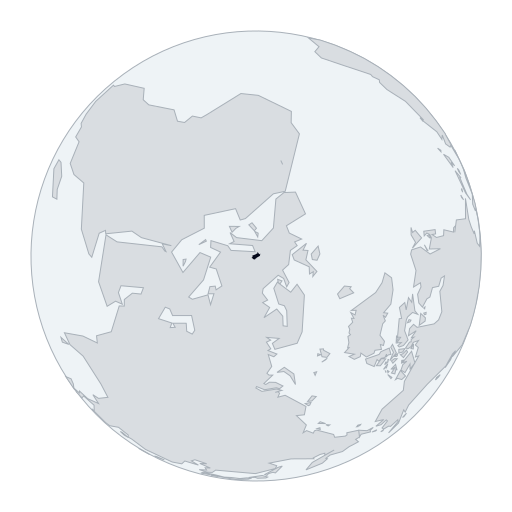 Kärnten highlighted on a globe, orthographic projection, rotated 144°
{"feature_id": "AUT-2325", "entity_name": "Kärnten", "entity_type": "State", "adm_level": 1, "iso_a3": "AUT", "parent_name": "Austria", "parent_adm1": "", "projection": "orthographic", "projection_center": [13.787, 46.758], "detail": "fine", "context": "on_globe", "style": "filled", "palette": "ink", "viewbox_px": 512, "rotation_deg": 144, "n_neighbors": 0, "source": "natural_earth", "source_scale": "10m", "svg_char_len": 11431}
<svg xmlns="http://www.w3.org/2000/svg" viewBox="0 0 512 512"><g transform="rotate(144 256 256)"><circle cx="256" cy="256" r="225" fill="#eef3f6" stroke="#a8b0b8"/><path d="M93.4,100.1L106.3,87.7L99.6,93.8L107.0,87.1L113.7,81.4L123.5,73.8L141.5,62.9L156.4,59.1L150.2,62.1L154.5,61.3L162.6,57.6L166.9,55.5L192.7,51.6L220.1,45.7L227.1,42.0L226.9,44.7L238.9,37.1L252.7,35.0L238.2,38.7L237.5,40.2L247.3,39.1L248.7,40.4L254.3,40.9L255.1,42.8L246.6,45.3L246.9,46.8L253.9,46.0L259.1,47.8L248.8,48.6L256.8,52.0L244.0,58.0L215.8,60.7L209.6,67.4L183.1,79.5L186.4,80.6L178.5,86.6L179.4,90.4L174.2,92.1L179.5,93.7L184.0,91.5L187.8,91.7L188.8,93.8L182.4,96.1L180.9,95.4L179.6,97.2L175.9,97.5L178.3,98.6L170.3,101.4L179.5,101.9L174.4,107.0L168.7,108.1L167.6,103.6L151.8,96.4L145.8,97.0L138.4,101.7L128.0,119.4L122.0,122.2L115.2,129.1L119.2,129.3L126.0,124.1L131.8,126.7L139.4,120.6L142.9,120.9L151.4,116.8L151.9,122.3L147.7,130.1L140.7,134.0L138.7,137.7L146.8,138.3L135.1,150.2L129.8,166.6L126.5,169.5L117.6,166.6L114.0,155.3L102.5,153.5L111.7,159.8L103.4,167.6L102.8,171.3L104.3,174.2L108.1,173.4L105.7,177.4L95.6,172.1L97.7,168.3L100.9,169.9L99.1,164.9L92.3,162.2L88.6,166.8L82.2,159.3L79.5,162.7L76.6,163.3L81.3,158.3L72.7,167.4L64.6,163.0L52.7,179.5L62.4,160.4L64.8,152.9L66.5,145.6L64.5,148.1L69.5,136.3L69.4,132.4L62.5,141.1L55.2,153.9L50.3,165.4L52.0,163.5L50.2,170.6L44.6,179.0L40.4,195.5L36.9,205.0L34.7,214.9L34.3,220.7L33.3,231.1L35.0,230.0L36.7,235.2L34.2,244.4L37.1,241.0L36.7,250.2L41.5,267.2L40.5,268.0L44.2,293.3L52.2,313.6L54.0,323.8L52.7,326.1L56.3,332.6L56.5,335.4L74.5,360.6L86.7,377.8L88.3,386.7L82.0,388.3L85.4,401.6L77.2,393.1L68.0,380.1L59.7,366.4L52.3,352.3L46.0,337.6L40.8,322.6L36.6,307.2L33.5,291.5L31.6,275.7L30.8,259.8L31.0,243.8L31.3,243.0L33.2,228.1L33.8,222.6L33.2,223.3L37.1,202.8L41.0,189.3L47.8,170.0L54.8,154.7L62.9,140.0L72.1,125.9L82.3,112.6L93.4,100.1ZM49.4,183.8L44.8,208.0L44.2,199.4L44.9,199.8L46.7,192.5L49.1,181.9L49.4,175.3L49.4,183.8ZM54.6,182.8L55.1,179.4L55.1,182.1L54.6,182.8ZM168.6,54.5L162.6,57.5L154.8,60.5L159.6,57.7L168.6,54.5ZM183.7,50.2L181.3,51.6L176.7,51.7L179.5,50.8L183.7,50.2ZM231.8,39.4L226.6,40.4L231.1,39.0L231.8,39.4ZM255.0,40.6L256.0,40.0L258.4,40.5L255.0,40.6ZM150.6,114.1L150.9,115.4L149.2,115.5L150.6,114.1ZM153.9,111.2L151.5,110.4L152.8,108.9L154.2,109.4L153.9,111.2ZM261.9,44.1L265.6,45.4L260.4,44.4L261.9,44.1ZM156.5,112.7L155.3,106.4L157.5,103.9L164.7,104.0L156.5,112.7ZM266.7,46.4L275.7,50.0L278.7,48.7L275.3,54.7L268.8,49.4L261.9,48.4L266.3,47.8L266.7,46.4ZM185.1,90.0L180.2,92.3L183.4,88.4L185.1,90.0ZM186.1,87.5L190.3,76.1L197.8,74.0L194.9,78.1L204.0,74.1L205.7,78.5L201.1,81.8L195.8,82.2L200.5,83.6L186.1,87.5ZM271.9,57.7L272.8,59.1L270.3,58.2L271.9,57.7ZM189.6,91.4L189.8,89.2L196.4,87.1L197.2,91.3L194.8,90.6L189.6,91.4ZM205.6,71.0L210.7,70.4L213.4,73.8L215.8,74.0L206.4,78.5L205.6,71.0ZM193.8,92.1L197.5,93.5L195.3,96.5L189.9,93.5L193.8,92.1ZM197.7,84.9L200.9,84.2L199.4,85.9L197.7,84.9ZM189.5,108.5L189.5,105.5L193.0,104.2L189.5,108.5ZM199.1,93.8L199.8,92.7L201.2,92.0L203.1,93.5L199.1,93.8ZM209.0,80.7L209.1,82.4L213.0,79.0L215.2,81.7L208.5,84.3L212.3,84.3L213.0,85.1L206.8,86.3L209.0,80.7ZM209.1,92.7L201.4,97.3L200.6,103.0L197.5,104.3L199.4,95.1L209.1,92.7ZM208.3,88.8L208.1,91.5L204.4,91.6L202.2,89.9L208.3,88.8ZM219.1,82.7L217.4,77.9L218.9,77.5L219.1,82.7ZM209.6,94.3L211.5,93.2L210.0,94.7L209.6,94.3ZM217.0,86.1L216.2,84.4L217.9,84.0L217.0,86.1ZM215.8,92.5L213.3,93.9L211.8,92.7L215.8,92.5ZM216.9,89.5L219.5,89.4L212.7,91.4L216.3,88.8L216.9,89.5ZM218.8,86.1L219.5,85.3L218.9,86.8L218.8,86.1ZM223.1,96.5L214.9,99.3L211.5,96.5L219.9,94.1L223.1,96.5ZM159.7,384.6L142.4,352.2L149.2,343.2L149.1,329.3L194.3,291.2L205.4,296.1L242.6,292.5L247.6,294.4L244.7,306.3L274.0,319.3L281.5,308.9L306.5,312.8L322.0,308.8L324.8,285.6L299.3,291.7L293.3,281.7L312.5,267.5L334.6,262.4L332.9,258.4L317.7,252.8L321.4,243.3L312.2,250.2L317.0,253.6L311.3,258.3L306.7,255.6L308.2,252.1L301.2,251.8L295.8,268.9L300.0,274.2L282.4,280.0L287.7,289.6L283.4,294.9L272.8,280.9L272.9,275.2L254.2,260.0L252.6,266.5L270.1,281.4L265.2,280.6L263.2,290.2L260.9,282.3L242.3,265.0L225.5,268.4L206.4,290.4L196.1,290.9L186.5,284.5L191.2,261.0L213.6,262.6L215.6,255.0L209.1,242.9L216.5,244.7L216.6,240.2L224.9,240.3L234.6,229.9L242.8,229.0L244.8,215.1L249.3,213.0L246.8,221.6L249.4,227.4L269.4,225.4L272.7,222.2L272.5,213.5L278.0,214.4L275.2,206.3L285.8,201.4L270.4,200.9L269.7,191.6L275.1,183.6L272.1,180.7L263.3,193.7L262.3,199.1L265.8,203.8L260.6,219.4L254.1,222.3L249.2,206.3L239.4,209.0L239.8,196.0L263.3,167.5L274.0,161.2L295.6,169.4L294.1,175.7L285.7,175.7L295.2,183.9L293.6,179.3L298.2,180.2L298.6,172.2L301.9,172.5L296.7,164.4L300.8,164.0L304.0,169.1L308.2,157.4L316.1,154.7L315.5,152.0L312.5,149.8L324.6,148.2L323.6,146.3L319.3,146.0L314.4,142.2L310.6,135.0L315.0,134.8L316.9,137.4L327.7,142.8L332.3,150.1L333.7,149.3L330.8,143.0L317.6,136.3L314.1,132.1L320.6,134.4L317.9,133.2L317.6,131.1L321.3,128.9L314.3,126.2L304.0,104.9L310.2,99.1L317.1,103.1L314.6,89.7L321.8,85.3L317.7,85.0L313.8,79.0L311.5,80.2L309.3,79.6L298.1,66.0L298.9,63.1L289.6,57.8L287.5,57.8L286.4,59.6L275.3,54.7L278.7,48.7L283.2,49.1L282.3,45.5L292.8,47.0L301.0,47.0L313.0,51.4L318.4,51.3L317.4,50.0L324.1,49.4L341.3,53.6L331.8,55.9L306.8,53.1L317.4,54.4L316.3,56.0L320.9,57.8L328.3,59.0L328.3,57.9L346.8,71.2L367.1,80.7L362.5,74.2L365.3,72.7L384.4,80.3L414.5,106.5L418.6,106.6L422.7,109.9L427.5,116.6L421.8,111.9L421.6,114.6L417.6,111.3L423.4,121.2L418.0,116.9L425.2,127.1L428.7,128.2L425.5,120.7L434.1,132.0L438.2,131.5L444.9,138.6L459.1,164.5L464.2,181.1L465.8,184.5L464.6,186.3L467.9,198.2L474.1,204.7L475.6,209.6L478.7,229.0L477.9,225.8L474.7,230.5L477.7,244.1L480.2,243.5L481.2,251.3L480.8,255.4L479.4,249.1L478.2,250.5L476.0,239.5L470.1,229.2L469.5,239.7L467.1,233.4L458.9,228.7L456.7,243.6L454.7,276.6L458.6,293.7L456.1,306.5L443.1,293.0L435.5,278.9L431.9,285.2L417.6,279.8L396.0,296.0L392.0,292.9L388.1,298.2L377.9,298.6L371.4,292.8L365.7,296.5L382.7,311.3L388.8,307.3L392.5,295.6L396.2,302.0L406.0,302.8L398.5,327.7L364.9,361.3L360.1,349.1L326.7,318.7L326.9,313.7L326.7,313.2L326.2,312.4L324.7,320.9L318.4,314.1L337.9,338.2L341.8,349.1L364.5,362.3L362.7,365.2L369.5,366.6L389.6,351.5L390.0,355.9L381.5,380.4L352.4,416.3L355.4,428.9L351.9,440.1L332.0,452.4L331.9,458.3L321.4,463.0L319.5,466.1L310.0,470.6L294.8,475.3L270.9,478.0L270.8,476.3L261.0,472.3L247.9,457.4L255.4,448.7L253.9,441.3L236.4,422.4L240.3,411.2L235.3,406.0L225.2,406.6L219.2,400.0L212.9,399.3L172.7,396.3L159.7,384.6ZM180.6,314.4L179.8,318.7L180.6,314.4ZM359.5,267.9L371.7,262.6L363.5,251.3L367.5,248.5L363.3,245.8L362.8,250.5L352.0,242.6L356.3,235.8L353.5,230.3L349.2,231.9L343.1,245.7L358.5,256.8L356.9,263.9L359.5,267.9ZM41.8,267.6L42.1,271.5L41.0,268.8L41.8,267.6ZM42.4,201.7L42.3,205.4L41.6,208.6L41.4,206.4L42.4,201.7ZM45.1,231.6L45.7,236.5L44.3,232.9L45.1,231.6ZM44.5,211.6L44.5,228.1L42.0,222.5L42.3,212.2L43.1,217.1L44.5,211.6ZM51.3,186.1L50.8,188.9L49.8,189.8L51.3,186.1ZM54.6,184.9L54.5,184.2L55.4,181.8L54.6,184.9ZM104.1,167.9L104.8,168.5L105.5,171.9L103.6,171.4L104.1,167.9ZM118.1,181.9L113.8,188.0L115.5,183.0L112.1,183.2L111.4,173.3L124.9,170.4L118.9,173.3L118.1,181.9ZM114.3,159.9L113.2,166.1L113.8,159.4L114.3,159.9ZM209.1,216.7L212.5,220.0L210.2,225.1L199.9,227.5L203.1,220.1L209.1,216.7ZM217.9,223.6L215.8,207.7L222.1,206.0L218.9,209.6L223.3,210.0L219.3,216.0L227.4,230.3L225.9,235.8L207.7,236.6L214.5,233.1L210.7,229.9L217.9,223.6ZM199.4,174.5L198.6,168.8L213.3,172.2L212.4,177.3L202.1,179.7L197.1,175.2L199.4,174.5ZM169.6,114.6L168.3,113.0L170.1,112.2L172.7,113.0L169.6,114.6ZM189.2,107.2L177.0,121.1L174.9,119.9L170.2,130.1L163.0,130.9L166.2,124.1L157.1,132.7L157.2,127.0L151.6,133.3L159.7,118.2L159.4,113.7L162.5,118.3L169.2,117.6L172.0,115.9L179.7,108.2L182.3,98.7L189.3,96.9L193.6,98.2L194.0,100.1L189.3,100.6L193.3,102.9L186.8,105.2L189.2,107.2ZM239.8,120.0L234.1,118.7L241.1,125.8L234.6,127.2L235.8,127.9L231.8,131.3L228.9,136.9L225.8,136.8L226.0,139.0L223.3,141.5L222.6,144.6L216.7,145.6L215.4,149.6L213.4,147.9L212.6,154.6L210.5,150.1L206.9,153.2L210.8,155.9L180.7,156.1L169.7,160.3L161.6,166.6L159.1,158.7L165.0,148.1L175.2,137.8L186.1,135.1L183.0,132.3L187.3,130.3L188.0,133.4L189.5,127.5L193.3,126.7L202.3,119.0L202.2,111.5L205.5,108.7L207.4,111.3L209.4,106.7L215.2,109.8L217.7,108.0L226.0,109.4L228.2,115.8L230.8,113.3L237.2,114.6L239.8,120.0ZM225.4,97.1L229.5,103.9L228.0,108.2L214.3,104.0L211.2,105.2L202.3,103.2L204.7,97.1L207.0,98.2L209.8,97.9L208.0,99.9L211.5,98.1L214.8,99.6L218.5,98.7L218.9,101.1L225.4,97.1ZM252.2,289.8L255.9,290.2L261.4,289.3L260.1,295.6L252.2,289.8ZM239.3,278.2L242.5,277.4L243.5,285.4L239.7,285.2L239.3,278.2ZM243.4,270.4L242.6,276.7L240.8,273.2L243.4,270.4ZM249.6,220.6L252.9,219.4L253.6,221.3L252.2,224.4L249.6,220.6ZM259.0,143.1L256.0,141.2L256.7,140.0L253.6,133.6L258.2,132.3L261.8,135.7L259.0,143.1ZM321.0,290.6L317.0,296.0L314.4,294.6L316.3,293.0L321.0,290.6ZM287.5,297.2L295.6,298.8L287.1,298.9L287.5,297.2ZM263.4,140.6L261.6,138.1L265.0,139.0L263.4,140.6ZM261.3,131.1L265.2,131.5L258.4,131.4L261.3,131.1ZM385.9,423.5L368.2,445.4L358.9,449.7L358.7,446.4L366.3,434.7L377.7,426.7L383.7,419.0L385.9,423.5ZM480.8,270.2L477.8,265.4L479.0,259.8L481.3,255.6L481.3,256.0L480.8,270.2ZM459.4,294.5L463.3,300.1L461.6,304.9L459.4,294.5ZM468.0,188.8L468.9,193.8L467.8,191.8L466.0,184.2L468.0,188.8ZM450.0,144.9L454.2,151.0L455.8,153.9L454.2,152.0L450.0,144.9ZM299.6,128.8L298.8,139.0L301.3,146.1L307.4,149.5L298.5,149.3L294.7,138.3L299.6,128.8ZM303.0,107.7L297.6,105.2L300.1,103.8L301.6,104.1L303.0,107.7ZM299.7,108.0L292.9,109.9L289.9,106.9L295.9,105.9L299.7,108.0ZM278.3,124.7L277.7,127.7L275.0,126.7L278.3,124.7ZM464.0,169.4L460.4,161.7L458.7,157.8L461.9,164.5L464.0,169.4ZM421.4,105.2L419.0,103.4L416.1,99.7L418.6,102.0L421.4,105.2ZM404.2,87.4L414.5,98.2L422.3,107.7L422.2,106.6L428.2,112.8L425.8,112.0L416.8,102.0L411.7,95.8L406.4,91.5L399.8,85.4L394.3,82.2L390.0,78.9L393.4,80.0L404.2,87.4ZM392.1,81.1L380.0,74.8L376.5,70.3L378.4,70.6L385.4,75.3L386.8,77.4L392.1,81.1ZM376.1,72.1L377.3,74.1L362.2,72.0L358.2,70.6L367.8,69.1L369.5,71.1L373.8,72.6L376.1,72.1ZM275.0,58.7L273.0,59.1L273.6,57.9L275.0,58.7ZM308.1,80.5L305.2,79.5L306.0,77.9L308.1,80.5ZM297.5,76.1L298.6,78.5L295.6,76.0L297.5,76.1ZM301.5,84.2L298.2,79.5L304.0,83.9L301.5,84.2Z" fill="#d9dde1" stroke="#a8b0b8" stroke-width="1"/><path d="M253.1,256.5L253.1,256.4L253.1,256.2L253.4,256.0L253.5,255.9L253.7,256.0L253.7,255.9L253.6,255.7L253.4,255.5L253.4,255.4L253.3,255.2L253.2,255.2L253.2,254.9L253.0,254.7L252.9,254.7L253.0,254.6L253.3,254.6L253.5,254.7L253.9,254.9L254.0,254.9L254.3,254.9L254.5,254.8L254.6,254.7L254.8,254.7L255.1,254.8L255.4,254.9L255.5,254.9L255.9,255.1L256.0,255.2L256.1,255.3L256.3,255.3L256.4,255.2L256.5,255.2L256.9,254.8L257.0,254.8L257.3,254.9L257.5,255.0L257.9,254.9L258.0,255.0L258.2,254.9L258.2,255.0L258.6,254.9L258.8,254.9L259.0,254.9L259.1,255.0L259.3,255.4L259.3,255.5L259.2,255.6L259.3,255.8L259.3,256.0L259.5,256.4L259.4,256.4L259.2,256.6L258.9,256.6L258.8,256.8L258.7,256.9L258.7,257.0L258.4,257.1L258.2,257.2L258.2,257.3L258.1,257.5L258.0,257.4L257.9,257.3L257.7,257.3L257.7,257.2L257.6,257.3L257.2,257.3L257.0,257.2L256.9,257.2L256.7,257.1L256.3,257.0L256.2,257.0L255.8,256.9L255.7,256.9L255.4,256.8L255.2,256.8L254.9,256.8L254.6,256.8L254.4,256.8L254.3,256.7L254.0,256.6L253.4,256.6L253.2,256.4L253.1,256.5L253.1,256.5Z" fill="#0f172a" stroke="#020617" stroke-width="1.5"/></g></svg>